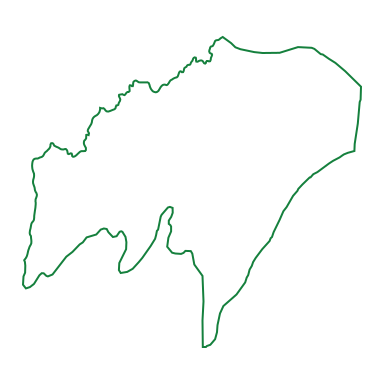 Yepocapa, Chimaltenango, Guatemala (Equal Earth projection)
{"feature_id": "79465075B24340573402590", "entity_name": "Yepocapa", "entity_type": "district", "adm_level": 2, "iso_a3": "GTM", "parent_name": "Guatemala", "parent_adm1": "Chimaltenango", "projection": "equal_earth", "projection_center": [-91.028, 14.45], "detail": "fine", "context": "isolated", "style": "outline", "palette": "green", "viewbox_px": 384, "rotation_deg": 0, "n_neighbors": 0, "source": "geoboundaries", "source_scale": "gbopen_adm2", "svg_char_len": 5250}
<svg xmlns="http://www.w3.org/2000/svg" viewBox="0 0 384 384"><path d="M128.6,92.0L127.5,92.0L126.5,92.7L125.6,94.0L124.6,95.1L123.3,94.8L122.5,94.2L121.2,94.4L120.0,94.6L119.1,94.8L118.9,96.0L119.5,97.5L120.0,98.4L120.3,99.6L119.9,101.1L119.3,102.0L118.7,103.2L118.3,104.9L117.3,105.4L116.4,105.4L115.8,106.7L115.6,108.0L114.7,109.1L113.6,109.6L112.7,109.9L111.5,110.4L110.3,110.9L108.5,111.5L107.7,111.5L106.5,111.3L105.4,110.3L104.5,109.0L103.5,108.2L102.2,108.4L101.1,108.2L100.1,107.9L100.1,109.3L99.9,110.4L99.4,112.1L98.9,112.9L98.1,114.0L96.8,115.2L95.5,115.9L94.3,116.7L93.3,117.7L92.4,119.3L92.0,121.0L91.9,122.1L91.3,123.9L90.8,124.8L90.1,125.9L89.6,126.7L89.1,127.7L88.4,128.7L87.8,130.2L87.8,131.2L88.5,132.3L89.0,133.2L88.6,135.1L87.3,134.7L86.3,134.9L86.2,136.5L86.1,138.5L85.1,139.9L84.3,140.6L83.9,142.0L83.9,143.7L84.3,144.9L84.9,146.1L85.9,147.9L85.9,150.0L85.2,151.0L83.9,151.1L82.9,151.1L81.8,151.1L80.7,151.4L79.7,152.0L78.9,152.8L77.8,153.8L76.7,154.9L75.5,155.9L74.5,156.5L73.1,156.8L72.2,156.1L72.0,154.7L71.7,153.6L70.8,153.3L69.9,153.7L68.8,154.1L67.8,153.7L67.5,152.1L67.3,151.0L66.9,150.1L65.8,149.0L64.7,149.1L63.3,149.5L61.9,149.4L60.9,149.2L59.9,148.6L58.9,147.9L57.7,147.3L56.9,147.0L55.6,146.4L54.2,145.6L53.8,144.7L53.3,143.8L52.6,143.2L51.2,143.2L50.5,144.4L50.4,146.3L49.6,148.1L48.8,149.1L48.2,149.6L46.9,151.0L45.5,152.1L44.8,152.8L43.9,154.5L43.2,155.8L42.0,156.8L40.7,157.3L39.8,157.5L38.7,158.1L37.8,158.5L36.5,158.5L35.0,158.7L33.7,159.4L33.0,160.6L32.6,161.5L32.3,163.2L32.2,164.4L32.1,165.7L32.2,167.1L32.4,168.9L32.7,170.0L33.1,171.3L33.6,172.7L34.0,173.6L34.1,175.5L34.0,176.8L33.7,178.2L33.2,179.9L33.0,181.8L33.1,183.2L33.6,184.8L34.5,187.3L34.7,188.3L34.8,189.3L35.0,190.3L35.6,191.8L36.4,193.0L36.9,194.7L36.8,195.9L36.2,197.8L35.6,199.3L35.5,201.5L35.7,202.5L35.7,204.2L35.6,205.3L35.5,206.4L35.4,207.7L35.2,209.0L34.9,210.9L34.6,213.1L34.4,214.5L34.2,216.1L34.2,217.4L34.0,219.3L33.7,220.4L32.8,221.7L32.1,222.4L31.5,223.5L31.2,224.6L30.9,226.3L30.6,228.0L30.3,229.3L30.0,230.3L29.8,231.9L29.7,233.1L30.0,234.6L30.9,236.0L31.0,237.0L31.1,238.4L31.3,239.8L31.4,241.4L31.3,243.3L30.7,244.8L30.2,245.6L29.4,247.2L29.0,248.5L28.4,250.1L28.1,251.2L27.8,252.6L27.5,254.0L26.9,256.0L26.5,256.9L25.7,258.3L24.9,259.3L24.2,260.2L24.9,261.9L25.3,265.6L25.1,272.7L23.5,276.4L23.0,284.7L25.9,288.4L29.9,287.1L34.0,283.9L39.4,275.3L41.7,273.2L43.7,273.3L46.4,275.9L47.9,276.4L52.5,274.5L66.3,256.7L72.5,251.9L79.7,244.4L82.8,242.4L86.6,237.4L96.3,234.5L100.7,229.6L103.9,228.5L106.7,229.0L108.4,232.2L112.9,237.0L116.6,236.2L119.6,231.8L121.2,231.3L122.4,231.8L125.5,236.9L126.4,242.2L126.1,249.2L119.3,263.0L118.9,270.1L120.7,273.0L127.2,271.9L132.7,268.8L138.8,262.1L142.3,257.9L150.6,246.1L155.1,238.8L156.1,235.1L156.9,230.9L158.1,229.6L160.7,216.7L161.6,214.8L167.9,207.5L169.9,206.9L172.6,207.9L172.7,212.8L171.2,216.9L168.8,220.6L168.8,223.9L169.5,224.4L170.4,225.2L171.1,226.5L171.1,231.4L168.4,237.7L167.2,246.7L172.1,252.7L175.3,253.5L181.1,253.9L183.5,252.9L185.4,250.9L190.8,251.1L192.3,253.6L194.3,264.5L202.5,275.9L203.5,301.4L202.5,320.4L202.8,347.0L205.9,347.0L206.9,346.0L210.3,344.8L215.1,339.2L217.0,332.2L217.5,325.2L220.0,313.4L220.9,311.5L223.4,306.0L236.5,294.5L245.2,282.4L246.7,277.6L248.2,275.1L249.6,269.6L251.8,265.9L253.1,262.1L255.7,257.9L262.3,249.1L269.6,241.0L270.6,238.3L272.0,237.0L273.6,232.2L279.6,219.9L283.4,211.2L286.6,207.1L293.1,195.8L297.4,190.9L298.3,188.9L302.4,184.5L309.7,177.4L310.5,177.4L313.3,174.2L317.4,172.1L329.0,163.5L332.5,161.2L333.3,160.7L339.6,157.4L342.1,155.6L343.9,154.4L347.9,152.8L354.4,151.0L354.7,143.9L357.8,123.6L359.7,102.0L360.6,99.7L361.0,86.7L345.2,71.2L335.4,62.9L328.9,58.8L322.8,54.5L320.7,54.1L314.4,48.9L311.7,47.8L298.0,47.1L279.6,52.8L262.6,53.0L254.3,52.1L240.4,49.2L235.4,47.3L231.1,43.1L222.7,37.0L220.4,38.4L219.5,39.3L218.3,40.0L217.4,40.1L216.1,40.3L215.1,41.0L214.6,42.2L214.1,43.5L213.7,44.4L212.8,45.9L212.0,46.3L211.0,46.5L210.2,47.4L209.9,48.8L209.4,50.1L209.2,51.4L209.7,52.8L210.7,53.5L211.7,53.8L212.1,54.9L211.6,56.4L210.9,58.0L210.8,59.2L210.6,60.1L210.1,61.2L209.0,61.4L208.0,61.0L206.8,61.0L206.1,61.9L205.9,62.9L205.1,63.6L204.1,63.2L203.4,62.1L202.6,61.0L201.9,60.6L201.1,60.4L199.8,60.6L198.6,61.1L197.7,61.7L196.3,61.6L196.0,60.3L196.1,59.3L195.8,57.7L194.6,57.4L193.7,57.9L193.1,58.8L192.8,59.7L192.4,60.8L191.7,61.5L190.9,62.8L190.6,63.7L190.2,64.5L189.1,64.9L188.1,64.9L187.1,65.5L186.4,66.8L185.4,67.3L184.3,68.2L184.0,69.4L183.7,70.9L183.1,72.1L181.9,72.2L180.8,71.3L179.7,71.6L179.0,72.8L178.7,73.8L178.1,75.5L177.7,76.5L176.7,77.4L175.7,77.6L174.6,78.0L173.2,78.7L172.1,79.5L171.3,79.9L170.5,80.4L169.7,81.4L169.2,82.3L168.6,83.3L167.4,84.8L166.4,85.1L164.9,84.6L163.7,84.7L162.8,85.0L162.1,85.5L161.3,86.3L160.4,87.5L159.7,88.8L159.0,89.9L158.5,90.8L157.3,91.8L155.9,92.3L154.9,92.1L154.1,91.9L152.9,91.3L152.2,90.6L151.2,89.3L150.7,88.5L150.3,87.5L149.9,86.6L149.6,85.2L149.1,83.9L148.7,83.0L147.4,82.3L146.4,82.4L145.4,82.4L142.9,82.4L141.3,82.4L140.2,82.4L138.9,82.3L137.9,81.7L136.9,81.0L135.9,80.5L134.5,80.9L133.4,82.0L133.1,83.7L133.1,84.8L132.8,86.1L131.8,86.1L130.9,85.3L129.8,85.3L129.4,86.5L129.4,88.1L129.6,89.8L129.6,91.1L128.6,92.0Z" fill="none" stroke="#15803d" stroke-width="2"/></svg>